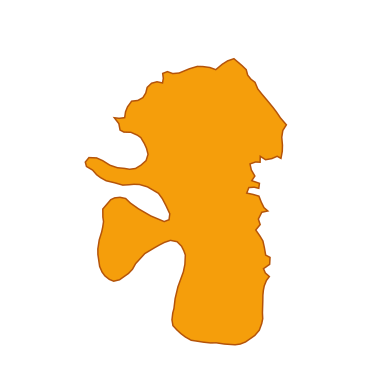 Cruzeiro do Iguaçu, Paraná, Brazil, rotated 200°
{"feature_id": "56859067B4540369409073", "entity_name": "Cruzeiro do Iguaçu", "entity_type": "district", "adm_level": 2, "iso_a3": "BRA", "parent_name": "Brazil", "parent_adm1": "Paraná", "projection": "mercator", "projection_center": [-53.122, -25.597], "detail": "fine", "context": "isolated", "style": "filled", "palette": "amber", "viewbox_px": 384, "rotation_deg": 200, "n_neighbors": 0, "source": "geoboundaries", "source_scale": "gbopen_adm2", "svg_char_len": 2236}
<svg xmlns="http://www.w3.org/2000/svg" viewBox="0 0 384 384"><g transform="rotate(200 192 192)"><path d="M126.3,287.4L134.3,291.9L139.8,295.9L144.4,298.9L153.2,304.1L159.7,307.8L165.4,311.3L170.3,316.6L175.1,318.1L179.6,320.8L182.9,325.5L188.3,327.9L198.2,331.6L203.4,327.4L207.2,322.5L211.5,315.1L217.8,315.1L224.7,313.6L230.0,311.8L236.6,306.9L244.8,299.4L250.6,296.7L256.3,296.7L260.1,293.4L257.8,288.9L257.0,284.4L262.6,283.6L267.2,280.4L269.9,275.0L269.3,269.2L270.4,263.9L274.2,259.5L279.8,256.7L281.7,250.0L281.9,244.7L280.7,238.8L285.7,236.3L290.4,235.2L284.1,231.2L280.8,225.6L276.5,225.0L269.9,227.2L262.7,226.7L258.7,225.6L253.3,221.2L249.7,217.5L246.2,212.4L245.9,205.8L249.1,199.8L253.1,194.8L258.4,192.0L263.4,191.1L270.4,189.3L278.3,189.1L286.6,190.9L293.3,191.4L300.6,189.1L302.5,183.6L299.9,179.9L292.9,178.6L287.5,175.6L282.8,174.2L276.5,173.2L267.9,174.2L259.4,174.8L253.4,177.4L249.2,179.4L243.9,181.1L235.6,181.6L223.1,179.3L217.6,175.6L211.9,170.4L205.4,163.9L204.1,158.1L208.0,154.7L222.5,155.4L236.6,157.9L246.1,160.5L252.1,163.2L257.8,162.4L262.7,160.0L265.7,157.0L270.0,145.5L267.2,138.0L265.0,133.9L263.9,128.5L263.2,123.5L262.8,115.3L261.0,106.3L259.0,101.0L253.3,90.4L249.1,86.0L245.2,83.4L239.8,81.6L235.1,81.4L230.1,84.7L223.8,93.8L221.5,99.1L220.5,105.4L215.3,118.0L208.0,127.0L204.4,131.2L200.7,135.2L195.7,139.2L189.0,140.2L183.3,137.5L179.6,134.0L176.7,130.5L173.9,121.5L172.8,114.0L172.8,98.1L171.4,86.1L169.1,76.3L168.7,71.7L167.1,65.0L164.2,59.9L159.0,57.2L153.9,55.1L148.7,53.5L142.1,52.4L129.9,54.8L123.0,56.5L117.5,58.6L109.6,60.2L99.2,63.2L94.7,65.6L90.4,69.4L83.9,78.7L81.5,85.2L81.5,92.2L82.2,97.1L84.5,102.6L88.2,113.8L90.1,119.3L91.3,124.0L92.0,128.5L91.8,134.4L90.4,139.0L95.4,141.0L98.6,144.4L94.3,150.6L96.3,157.2L101.2,157.9L104.8,164.2L108.6,170.2L112.9,173.7L119.1,178.1L116.8,184.7L120.4,189.3L119.5,196.8L114.3,200.1L119.0,201.9L123.5,206.2L127.7,211.0L133.9,210.6L140.2,209.7L140.1,215.6L135.2,217.8L130.5,218.3L131.6,223.2L139.7,223.1L138.4,228.5L143.8,233.0L147.1,238.2L142.6,241.9L138.2,243.3L140.1,248.9L133.9,247.5L128.4,250.7L124.2,254.7L119.9,254.0L121.1,261.2L123.0,266.9L126.4,274.2L127.7,280.9L126.3,287.4Z" fill="#f59e0b" stroke="#b45309" stroke-width="1.5"/></g></svg>